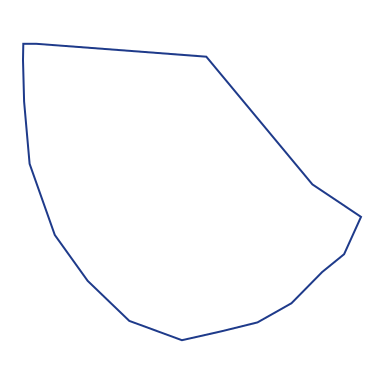 the district of Namoya, Maniema, Democratic Republic of the Congo
{"feature_id": "63176286B36790783393673", "entity_name": "Namoya", "entity_type": "district", "adm_level": 2, "iso_a3": "COD", "parent_name": "Democratic Republic of the Congo", "parent_adm1": "Maniema", "projection": "equal_earth", "projection_center": [27.577, -4.011], "detail": "fine", "context": "isolated", "style": "outline", "palette": "blue", "viewbox_px": 384, "rotation_deg": 0, "n_neighbors": 0, "source": "geoboundaries", "source_scale": "gbopen_adm2", "svg_char_len": 332}
<svg xmlns="http://www.w3.org/2000/svg" viewBox="0 0 384 384"><path d="M361.0,216.9L312.4,184.4L206.3,56.7L36.3,43.8L23.3,43.8L23.0,60.0L24.1,101.6L29.6,163.8L54.8,235.0L87.7,280.9L129.3,320.9L181.9,340.2L221.4,331.3L257.5,322.4L291.5,303.2L322.2,272.0L344.1,254.2L361.0,216.9Z" fill="none" stroke="#1e3a8a" stroke-width="2"/></svg>